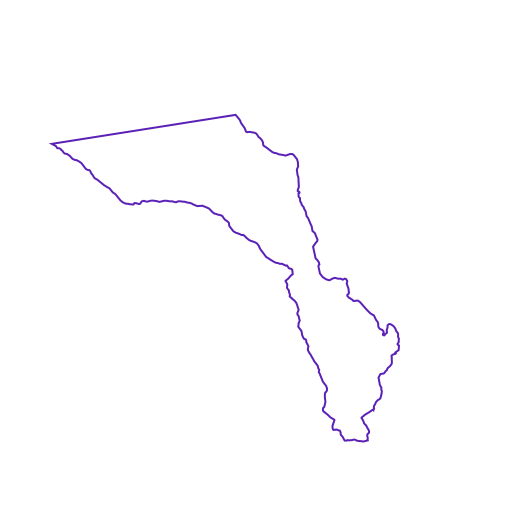 outline of Oreamuno, Cartago, Costa Rica, rotated 322°
{"feature_id": "36466004B47119988095233", "entity_name": "Oreamuno", "entity_type": "district", "adm_level": 2, "iso_a3": "CRI", "parent_name": "Costa Rica", "parent_adm1": "Cartago", "projection": "robinson", "projection_center": [-83.868, 9.997], "detail": "fine", "context": "isolated", "style": "outline", "palette": "violet", "viewbox_px": 512, "rotation_deg": 322, "n_neighbors": 0, "source": "geoboundaries", "source_scale": "gbopen_adm2", "svg_char_len": 6136}
<svg xmlns="http://www.w3.org/2000/svg" viewBox="0 0 512 512"><g transform="rotate(322 256 256)"><path d="M326.8,132.2L164.1,41.9L166.0,46.3L165.8,48.7L167.3,50.0L167.8,51.1L167.9,52.9L168.2,53.6L168.1,56.5L168.4,57.5L168.8,58.1L170.0,59.3L170.4,61.0L170.9,62.2L171.2,66.4L172.3,68.6L173.9,70.4L173.9,70.8L174.6,72.1L175.6,75.1L175.5,82.7L176.4,84.6L177.5,85.8L177.7,86.3L177.7,87.1L177.2,88.5L177.1,89.5L177.1,92.1L176.8,93.8L176.8,95.6L177.9,98.0L179.8,106.4L181.3,110.5L182.2,112.4L182.3,117.8L183.1,120.0L183.3,121.2L183.4,128.6L183.9,131.1L184.2,132.0L185.7,134.7L187.3,136.0L188.4,137.5L190.8,139.7L191.3,140.0L192.2,139.5L192.9,139.5L193.3,139.8L195.0,141.8L195.3,142.4L195.7,143.0L196.5,143.4L197.2,143.4L199.1,142.7L199.9,142.7L201.4,143.4L201.9,143.8L202.6,145.1L203.7,146.1L204.7,146.7L206.7,147.4L206.9,147.6L207.2,147.7L208.7,148.7L211.8,151.9L212.9,153.6L213.8,154.2L217.4,155.8L219.3,157.2L222.0,160.1L223.7,161.4L225.7,164.1L226.5,164.6L227.9,164.8L228.8,165.3L230.8,167.0L231.7,168.1L233.1,169.2L233.7,170.1L235.3,172.2L236.4,173.2L237.7,175.1L237.9,176.0L240.4,180.5L243.3,182.4L243.9,183.0L244.9,183.5L245.3,184.5L245.5,184.7L246.8,187.1L247.3,187.8L247.6,188.6L247.8,188.8L248.1,189.5L248.5,191.9L248.6,194.1L248.8,195.2L249.1,195.8L249.1,196.4L249.5,197.2L250.2,197.9L251.5,200.0L253.6,202.6L254.1,204.0L253.9,205.5L253.9,208.3L254.8,211.1L255.0,212.9L254.9,213.5L253.7,215.4L253.4,216.5L253.4,222.2L253.7,223.5L254.8,225.9L255.1,226.1L255.9,227.6L256.2,227.8L257.4,230.3L257.8,230.8L259.0,231.6L259.6,234.8L259.6,235.7L260.4,239.2L261.0,240.5L263.1,243.6L263.9,245.1L264.5,246.7L264.5,249.8L264.2,250.3L264.2,251.0L263.9,251.5L263.9,252.4L263.6,253.5L263.4,263.2L264.4,265.4L264.6,266.5L266.8,272.2L267.6,273.7L269.1,275.3L270.0,276.9L271.7,278.1L272.0,278.9L272.4,279.5L272.4,279.9L272.9,280.4L273.3,281.6L273.9,282.3L274.5,282.4L274.6,283.2L274.4,285.8L275.0,286.9L275.7,287.5L276.1,289.1L273.8,292.9L271.1,292.9L267.4,293.7L265.2,293.7L263.9,293.9L263.2,297.6L260.9,300.1L260.7,301.1L260.7,303.5L259.8,304.8L258.8,307.7L257.8,308.4L257.6,308.9L257.9,310.2L258.3,310.9L258.1,311.6L258.9,315.0L258.9,317.6L258.2,320.1L257.2,322.5L256.7,324.2L256.0,325.0L253.8,326.2L253.0,327.0L252.6,328.0L252.6,329.5L252.4,330.1L251.5,331.8L250.8,333.7L247.8,335.5L247.0,336.6L245.8,337.7L245.7,338.1L245.7,342.7L244.8,344.8L243.7,346.7L243.0,349.2L242.9,351.1L243.8,352.3L243.8,352.8L243.4,353.8L242.7,354.6L241.7,359.5L239.7,361.1L238.9,362.4L238.4,364.9L238.3,367.5L237.7,370.8L237.7,371.7L237.1,374.6L237.1,379.8L236.7,381.3L235.9,383.0L235.7,384.6L235.3,385.1L234.1,386.0L233.9,386.6L233.8,387.7L231.4,396.0L231.3,396.9L231.3,401.7L230.9,402.5L230.5,404.0L229.2,405.5L228.2,406.1L227.1,406.3L226.5,406.2L225.3,407.2L223.5,409.4L220.9,413.7L217.0,416.9L215.3,417.1L214.0,418.4L213.6,419.3L213.5,420.5L214.0,421.4L214.0,422.1L214.9,425.7L215.2,428.7L216.5,432.1L216.8,433.0L216.8,433.6L211.5,437.1L210.2,439.2L209.9,440.3L210.0,440.8L212.4,442.2L213.3,443.3L213.7,444.3L214.5,445.0L214.5,445.6L213.9,447.4L213.0,448.6L212.8,449.1L212.9,452.3L212.3,455.3L212.3,456.1L213.3,456.8L213.7,457.3L214.8,457.4L215.9,458.7L217.4,459.5L218.2,460.2L219.3,460.5L220.7,461.4L221.4,462.6L221.7,463.5L223.9,465.9L225.1,466.8L225.8,467.8L226.4,468.3L230.5,470.1L230.7,469.4L231.5,468.9L232.3,467.7L233.0,466.0L234.5,464.9L236.1,464.9L236.8,464.3L237.5,463.1L238.2,458.5L238.5,457.5L238.2,455.7L238.2,454.2L238.8,452.8L239.3,450.2L239.4,448.6L239.8,448.3L244.4,448.2L249.3,448.8L253.2,449.0L253.5,449.8L253.8,449.5L255.1,449.0L255.6,447.9L256.4,447.1L257.1,446.6L258.5,446.2L260.6,445.0L262.9,444.6L263.7,444.6L264.4,444.8L265.9,444.8L266.4,444.7L268.6,443.1L269.0,442.6L270.0,442.0L271.9,440.1L272.5,438.4L273.8,436.8L273.9,435.3L274.6,433.0L275.5,431.6L276.0,430.3L276.6,429.6L277.5,427.4L281.1,425.7L281.7,425.8L284.3,427.2L285.3,427.2L287.0,426.6L288.9,426.5L289.7,425.9L291.0,425.4L293.7,425.3L296.3,424.6L296.8,424.3L297.9,423.1L299.4,420.9L300.5,419.6L301.0,418.5L301.7,417.9L303.1,418.0L304.0,418.2L305.5,418.9L306.3,418.8L306.4,417.8L310.4,418.0L313.6,414.6L313.2,413.7L313.2,412.7L313.7,412.2L315.1,411.9L315.6,411.6L316.4,410.4L317.6,409.3L318.3,406.9L319.7,405.4L320.4,403.7L320.2,402.0L321.0,399.3L321.2,397.8L321.2,395.9L320.8,394.6L320.1,392.7L319.4,391.9L318.6,391.5L317.4,391.5L316.8,391.9L315.6,393.3L313.1,395.1L312.4,396.6L311.6,397.2L309.3,397.0L308.8,397.5L308.1,397.5L307.5,396.6L307.5,396.2L307.8,395.8L309.7,394.7L310.1,393.5L310.1,392.7L309.9,391.8L308.7,389.7L308.7,388.1L308.9,387.1L309.3,386.3L310.7,384.4L311.2,383.2L311.3,380.0L311.9,377.3L312.1,376.8L312.3,375.1L311.7,374.2L310.7,371.1L310.1,365.6L309.6,356.3L308.8,353.8L305.1,351.5L305.0,349.8L304.5,348.6L304.2,347.5L303.6,346.3L303.4,343.8L303.8,343.0L304.3,342.8L305.7,342.8L306.2,342.3L307.1,341.8L307.3,340.9L308.6,339.0L309.4,337.0L309.8,335.4L310.3,334.4L310.4,333.8L310.9,333.2L312.1,332.4L312.6,331.7L312.7,329.4L312.0,328.5L309.8,328.1L309.2,326.8L308.3,325.6L307.1,324.8L306.0,323.5L304.9,322.0L304.2,321.5L301.9,320.8L299.1,320.4L298.6,320.0L297.0,317.7L296.3,316.0L296.2,315.2L295.6,313.9L295.6,310.9L295.6,309.2L298.7,302.8L299.5,301.9L300.7,301.7L301.6,299.8L301.7,299.2L301.8,296.8L301.5,294.6L306.7,283.8L311.1,282.4L313.3,282.0L314.5,281.1L316.5,274.0L315.9,271.1L318.2,266.7L318.8,264.0L320.4,258.2L320.4,255.7L322.6,251.4L323.0,248.4L323.6,247.0L323.6,243.5L324.3,242.1L324.4,240.5L325.2,238.8L326.3,237.6L326.1,235.9L326.3,235.2L327.9,233.0L329.1,233.0L329.5,232.6L329.6,232.0L328.9,231.2L328.9,230.4L330.0,229.3L332.2,228.1L337.6,220.4L338.0,219.7L338.5,218.0L339.3,216.5L340.4,214.7L341.0,213.5L341.8,212.8L344.4,211.4L345.9,209.0L346.6,208.2L347.9,205.1L347.9,199.8L347.7,198.8L347.2,197.8L346.2,197.0L345.3,196.5L341.4,195.2L340.7,194.7L339.8,193.3L336.7,190.1L335.4,187.7L333.6,185.6L332.9,184.2L331.6,179.5L331.5,178.6L329.9,173.6L330.4,172.3L331.3,171.1L331.5,170.1L331.9,169.2L331.9,166.2L331.3,163.6L331.6,161.3L331.5,159.4L330.9,158.2L327.8,154.7L327.2,154.1L325.2,152.9L324.8,152.4L324.8,151.6L325.8,148.1L326.1,141.7L326.8,139.9L326.9,139.1L327.0,137.9L326.8,132.2Z" fill="none" stroke="#5b21b6" stroke-width="2"/></g></svg>